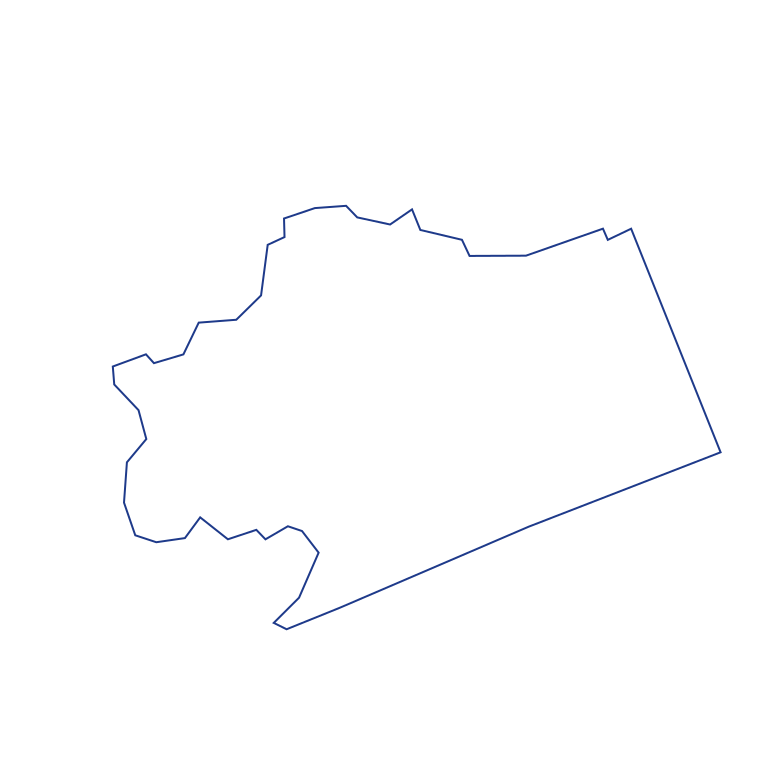 Clear Creek, Colorado, United States of America (Robinson projection), rotated 338°
{"feature_id": "52423323B93273750320720", "entity_name": "Clear Creek", "entity_type": "district", "adm_level": 2, "iso_a3": "USA", "parent_name": "United States of America", "parent_adm1": "Colorado", "projection": "robinson", "projection_center": [-105.736, 39.708], "detail": "fine", "context": "isolated", "style": "outline", "palette": "blue", "viewbox_px": 768, "rotation_deg": 338, "n_neighbors": 0, "source": "geoboundaries", "source_scale": "gbopen_adm2", "svg_char_len": 691}
<svg xmlns="http://www.w3.org/2000/svg" viewBox="0 0 768 768"><g transform="rotate(338 384 384)"><path d="M98.5,396.6L96.7,431.1L113.6,445.4L141.7,452.3L163.6,438.8L181.1,469.5L211.0,471.4L215.9,483.6L241.6,479.9L252.9,489.6L260.2,515.9L225.2,550.3L192.3,564.2L201.8,574.9L259.5,574.9L464.8,570.5L670.5,573.4L671.3,332.6L645.5,334.2L645.2,322.0L563.7,318.2L511.3,297.3L510.3,279.5L475.4,254.8L475.4,232.6L449.4,238.4L421.6,219.5L415.6,204.6L385.8,195.0L353.3,193.1L346.8,210.5L328.3,211.4L303.2,255.8L271.1,269.1L235.2,257.7L209.1,281.4L178.5,278.5L174.4,267.3L139.1,266.2L133.7,283.4L146.6,316.3L143.0,346.0L116.3,360.3L98.5,396.6Z" fill="none" stroke="#1e3a8a" stroke-width="2"/></g></svg>